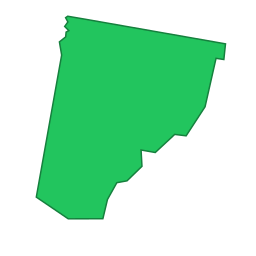 the district of Gilpin, Colorado, United States of America, rotated 280°
{"feature_id": "52423323B33971175685434", "entity_name": "Gilpin", "entity_type": "district", "adm_level": 2, "iso_a3": "USA", "parent_name": "United States of America", "parent_adm1": "Colorado", "projection": "orthographic", "projection_center": [-105.517, 39.842], "detail": "fine", "context": "isolated", "style": "filled", "palette": "green", "viewbox_px": 256, "rotation_deg": 280, "n_neighbors": 0, "source": "geoboundaries", "source_scale": "gbopen_adm2", "svg_char_len": 463}
<svg xmlns="http://www.w3.org/2000/svg" viewBox="0 0 256 256"><g transform="rotate(280 128 128)"><path d="M34.3,119.0L54.1,120.2L72.2,126.5L75.8,136.2L92.7,148.4L108.6,144.7L108.6,159.1L129.8,175.1L130.4,186.6L162.3,200.2L211.9,202.6L212.1,210.5L227.8,209.4L227.7,66.6L227.6,49.2L225.8,47.4L222.0,50.4L217.0,48.0L213.6,52.8L211.7,50.4L206.9,50.8L200.9,45.5L188.3,50.0L44.0,49.7L28.2,84.9L34.3,119.0Z" fill="#22c55e" stroke="#15803d" stroke-width="1.5"/></g></svg>